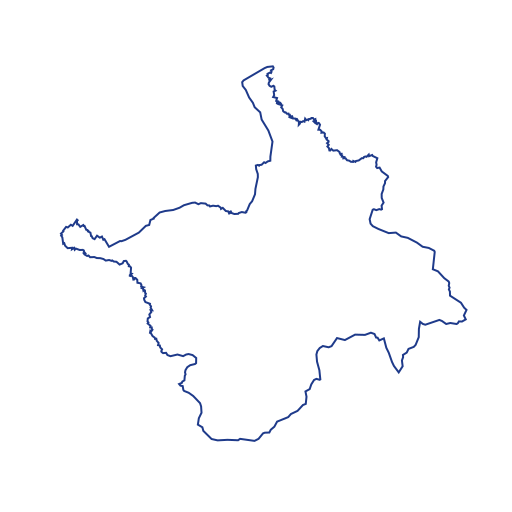 Si Banphot, Phatthalung, Thailand, rotated 247°
{"feature_id": "78962969B76143579725906", "entity_name": "Si Banphot", "entity_type": "district", "adm_level": 2, "iso_a3": "THA", "parent_name": "Thailand", "parent_adm1": "Phatthalung", "projection": "albers", "projection_center": [99.901, 7.693], "detail": "fine", "context": "isolated", "style": "outline", "palette": "blue", "viewbox_px": 512, "rotation_deg": 247, "n_neighbors": 0, "source": "geoboundaries", "source_scale": "gbopen_adm2", "svg_char_len": 6112}
<svg xmlns="http://www.w3.org/2000/svg" viewBox="0 0 512 512"><g transform="rotate(247 256 256)"><path d="M134.0,334.7L133.3,336.0L130.1,336.5L130.2,341.5L120.6,340.1L115.0,340.4L105.4,339.8L100.9,340.0L93.1,341.9L97.2,347.9L102.8,349.5L105.4,351.9L107.5,352.6L108.2,357.0L110.9,360.1L110.7,365.7L111.8,368.2L117.7,374.1L125.3,377.5L131.3,381.4L128.3,383.0L126.6,385.0L125.5,399.8L123.5,401.8L119.1,404.5L118.4,408.7L115.0,414.1L115.3,415.6L116.5,417.2L115.2,420.0L115.7,424.3L120.0,424.1L124.1,428.7L127.1,427.4L132.9,426.4L143.7,419.1L147.5,420.6L149.9,420.5L151.2,421.8L153.3,421.8L155.6,423.3L157.2,423.4L162.1,420.6L170.8,417.5L174.7,413.6L189.9,422.1L191.2,422.1L195.9,418.2L199.4,413.0L205.4,409.4L213.4,402.8L217.3,397.3L222.9,393.9L225.2,387.1L233.1,379.2L237.8,375.2L241.0,374.1L245.5,375.0L253.0,381.5L253.0,382.8L251.2,384.7L251.0,387.8L249.8,389.3L249.9,390.3L253.3,391.3L255.3,394.3L260.3,394.4L264.0,395.9L267.5,399.2L270.2,400.5L272.6,403.2L274.6,404.1L277.0,408.5L278.2,408.6L284.7,404.8L289.1,404.3L289.6,401.9L291.3,401.4L292.8,402.6L295.3,403.2L298.6,405.9L302.5,402.5L303.6,402.4L303.7,399.1L305.3,399.4L304.1,396.5L304.9,395.5L304.9,394.0L304.1,393.0L304.7,391.5L303.8,387.9L304.4,385.1L303.8,384.3L305.5,382.7L304.7,382.1L305.7,380.1L307.3,379.1L308.6,377.2L311.0,376.6L311.7,374.8L312.6,375.9L313.9,373.8L315.0,374.6L315.8,373.7L316.7,374.6L317.4,373.2L319.1,373.5L321.7,372.0L322.8,368.3L325.1,367.2L324.1,365.5L324.5,364.8L326.8,365.3L328.9,364.5L329.9,366.4L332.1,365.5L332.7,367.4L333.4,367.7L335.7,366.5L336.8,367.3L336.9,366.5L339.3,366.0L341.7,367.2L343.3,366.5L343.9,364.4L345.0,365.1L347.1,364.4L347.9,362.8L351.8,366.2L353.7,365.9L354.3,365.2L353.5,363.7L354.5,363.1L356.1,363.7L355.5,362.4L357.5,361.6L357.6,363.4L358.8,364.0L358.8,362.8L360.8,362.3L361.4,360.9L360.9,360.0L361.4,358.2L360.7,357.3L361.4,357.0L361.4,355.4L363.2,354.9L360.7,353.1L361.7,352.1L361.4,350.5L362.3,349.2L360.7,348.1L360.1,346.7L362.2,347.8L366.2,347.2L366.4,346.8L365.4,346.8L365.2,346.2L367.1,345.9L368.2,343.7L370.5,343.9L370.7,343.1L369.5,342.3L370.8,341.0L371.9,341.8L371.7,342.4L372.9,342.3L373.4,341.3L374.4,341.5L374.9,340.0L376.7,339.4L376.9,338.6L378.6,337.6L381.1,338.0L383.0,337.3L384.4,339.0L385.9,337.3L386.6,337.5L386.6,338.4L387.6,338.2L388.0,337.7L387.1,335.9L388.4,334.9L389.3,335.5L388.9,337.0L389.5,337.0L390.9,335.2L393.2,337.1L395.6,333.9L397.0,335.6L400.5,336.5L400.6,338.6L401.6,338.1L404.9,339.1L405.9,338.5L405.8,336.2L407.3,335.0L409.3,334.7L410.7,335.7L412.4,338.6L412.4,337.5L413.1,337.0L414.1,338.3L415.2,337.2L417.8,336.5L418.0,337.6L419.2,337.8L419.4,340.5L418.6,341.3L419.5,342.3L421.0,342.3L421.2,344.8L422.6,345.8L424.0,345.6L425.6,340.3L425.6,337.5L422.5,313.2L421.4,311.2L417.7,310.2L412.8,311.5L404.6,311.6L398.2,313.0L393.5,312.9L386.6,316.0L379.4,314.5L366.7,316.4L354.9,315.9L341.9,308.1L338.1,306.4L338.5,303.7L337.9,301.1L339.1,300.1L337.8,296.8L338.4,294.6L338.0,294.1L339.1,293.3L339.3,291.2L335.9,290.1L330.8,289.7L327.8,288.5L318.0,281.7L313.2,279.2L307.9,273.8L306.3,270.6L301.3,265.5L301.0,264.4L300.1,264.2L299.9,263.3L302.0,260.1L302.3,257.0L301.8,256.1L303.1,252.5L305.0,250.4L306.9,250.2L306.8,249.1L305.6,248.6L305.6,247.9L307.9,247.9L309.2,245.8L313.3,244.2L313.0,242.2L314.3,242.4L317.1,240.7L317.4,238.9L319.1,236.1L319.6,233.0L320.7,232.8L321.6,231.1L323.9,230.1L326.2,225.9L326.2,223.2L329.0,220.8L329.9,218.0L330.9,209.5L330.3,204.5L330.7,197.8L332.9,190.0L333.7,184.3L331.0,176.6L330.4,176.5L330.4,172.9L326.3,169.8L326.8,166.4L323.3,157.3L321.9,142.1L322.2,137.9L322.9,136.7L321.9,124.3L330.7,123.1L330.6,121.8L334.1,121.8L333.9,119.4L336.8,117.6L334.6,114.0L336.2,112.6L338.5,112.5L338.8,112.0L342.2,112.7L344.2,111.0L344.6,111.5L345.9,110.9L346.4,110.0L350.7,109.9L350.9,109.2L352.0,109.1L351.5,105.6L354.5,104.9L355.1,103.7L358.2,104.9L358.6,105.8L359.5,105.4L355.4,99.0L357.1,97.8L355.8,93.9L357.0,92.6L354.6,88.3L353.9,88.3L352.8,85.2L351.2,85.6L350.9,84.6L348.8,85.0L342.6,83.3L342.7,84.5L340.1,84.3L336.8,85.7L335.4,90.0L334.1,89.2L334.5,91.8L332.6,91.6L333.2,93.1L330.4,96.1L329.3,99.0L328.3,99.7L327.3,99.3L325.4,99.9L325.7,98.5L324.4,98.8L322.0,100.6L321.9,102.0L319.7,102.8L318.2,106.8L316.3,108.7L314.8,111.9L312.8,114.4L310.5,115.9L309.7,119.2L308.0,121.1L308.1,121.9L306.5,122.9L305.2,125.3L301.4,127.1L301.4,130.4L303.0,132.3L302.4,134.4L301.5,134.8L298.8,134.9L297.7,135.6L296.3,134.9L295.5,136.1L294.0,136.4L289.0,133.8L288.3,134.6L287.7,132.4L287.1,132.1L286.6,132.7L286.9,133.8L284.7,134.4L282.2,133.9L282.0,134.8L283.1,135.9L282.8,136.5L280.5,137.4L277.7,136.4L275.9,139.1L273.9,139.2L272.7,138.3L271.0,140.4L270.7,138.8L270.3,139.3L268.0,138.8L268.3,139.8L267.7,140.3L265.2,139.5L264.4,139.9L262.8,138.5L261.7,138.8L260.9,136.4L259.3,136.0L256.8,136.2L253.5,139.7L252.9,139.2L250.6,139.7L249.6,138.8L246.6,139.2L247.3,137.8L245.3,137.7L243.9,135.0L241.2,134.6L240.8,132.0L238.2,130.6L236.9,131.0L236.2,129.9L233.0,131.6L231.7,130.7L231.0,132.1L229.6,131.6L228.6,131.9L227.4,129.9L228.3,129.5L226.7,128.4L226.0,129.1L222.7,129.5L220.4,130.9L219.1,130.7L218.8,131.9L216.8,131.5L214.0,132.4L212.2,131.0L211.2,132.5L209.2,132.1L206.8,133.1L205.4,131.6L204.5,131.6L202.9,132.5L202.0,135.4L199.4,135.8L197.2,138.1L196.0,145.2L192.3,149.8L192.6,153.2L192.1,155.6L189.6,158.9L185.5,161.1L180.8,159.0L180.4,157.6L181.2,152.8L180.5,149.3L178.5,146.5L176.6,145.2L174.6,144.9L173.6,143.7L169.5,141.5L169.2,139.1L168.2,138.2L168.2,135.2L166.2,135.8L164.9,137.7L161.1,136.8L159.9,137.1L156.4,140.6L151.7,143.5L142.4,147.0L139.0,146.7L133.0,144.6L129.0,140.0L123.5,136.6L119.3,139.7L115.6,139.2L104.9,143.6L101.3,148.6L97.9,158.0L93.4,167.5L93.9,169.9L86.4,182.4L86.7,186.9L90.0,193.2L89.9,195.1L88.3,199.3L90.3,201.7L91.7,206.2L95.3,210.7L95.1,222.7L96.9,226.4L97.2,233.7L100.5,241.0L100.4,244.0L106.7,247.5L112.0,248.6L112.5,253.4L116.2,256.7L119.2,261.0L119.3,263.6L117.2,266.2L117.3,267.0L126.1,269.7L134.9,270.9L141.7,273.1L144.5,275.3L146.4,278.7L147.0,282.4L143.6,287.2L143.5,290.3L148.8,298.5L143.9,305.0L144.9,316.5L140.8,325.5L140.5,331.8L137.9,334.6L134.0,334.7Z" fill="none" stroke="#1e3a8a" stroke-width="2"/></g></svg>